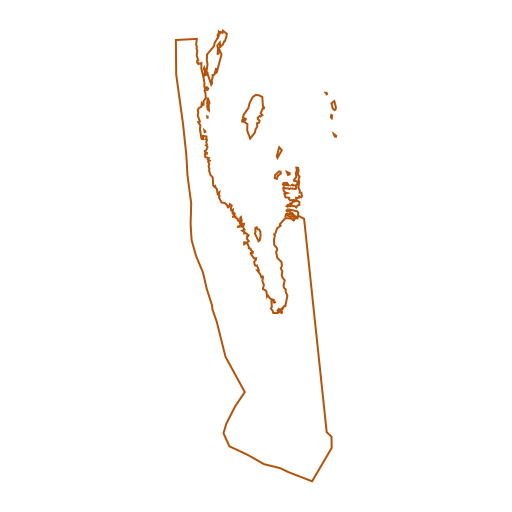 Teluk Wondama, Papua Barat, Indonesia
{"feature_id": "22746128B47515282892276", "entity_name": "Teluk Wondama", "entity_type": "district", "adm_level": 2, "iso_a3": "IDN", "parent_name": "Indonesia", "parent_adm1": "Papua Barat", "projection": "natural_earth1", "projection_center": [134.34, -2.638], "detail": "fine", "context": "isolated", "style": "outline", "palette": "amber", "viewbox_px": 512, "rotation_deg": 0, "n_neighbors": 0, "source": "geoboundaries", "source_scale": "gbopen_adm2", "svg_char_len": 6047}
<svg xmlns="http://www.w3.org/2000/svg" viewBox="0 0 512 512"><path d="M312.1,481.3L331.7,447.9L331.5,436.7L326.7,432.2L304.1,218.8L298.0,215.6L298.3,212.7L297.2,211.3L289.5,209.6L290.2,212.2L292.4,213.3L293.9,215.3L287.4,213.4L285.9,214.4L285.6,215.9L287.7,215.5L290.5,216.8L295.0,216.1L297.8,217.2L297.4,218.4L293.8,217.8L293.1,218.9L294.3,219.7L293.7,220.5L290.9,218.5L285.4,218.1L280.1,223.9L279.8,224.7L280.6,225.7L277.1,228.3L275.2,233.7L274.1,234.5L274.9,235.8L274.0,239.4L274.2,244.9L276.9,248.1L277.2,249.9L276.1,251.8L277.3,257.9L281.5,262.0L281.9,265.8L280.8,268.4L282.4,271.5L281.7,275.2L282.5,277.5L284.7,280.3L283.5,286.0L284.1,288.0L285.8,289.4L285.6,291.8L287.4,295.6L285.2,306.9L284.8,305.6L282.4,308.0L282.9,308.6L282.1,309.4L280.3,309.3L282.1,312.1L281.7,313.0L279.6,311.9L277.6,313.1L273.3,313.0L272.6,310.6L270.8,308.6L271.8,307.0L271.4,300.7L271.8,299.8L272.9,300.4L273.5,299.9L270.1,298.5L267.6,295.1L267.0,296.3L266.3,291.0L262.9,288.9L263.9,285.0L262.3,280.7L263.1,277.1L262.7,276.4L261.3,277.2L260.3,274.2L257.2,270.4L258.8,270.4L257.0,265.5L255.4,265.7L254.4,263.8L254.3,261.6L255.8,260.0L256.1,258.3L254.2,258.5L251.4,254.8L251.6,254.1L250.8,253.8L250.7,253.1L252.8,252.8L252.8,251.7L251.0,250.4L250.5,248.6L248.8,248.3L248.8,246.6L247.4,243.5L245.7,243.2L244.2,244.2L244.2,242.3L247.0,242.5L248.8,241.1L246.8,238.5L247.2,236.2L248.1,236.3L248.6,235.2L245.4,232.9L244.2,233.3L244.3,231.7L242.2,230.7L244.5,229.6L242.4,226.3L237.0,227.0L243.0,224.7L243.6,225.2L244.0,223.8L240.0,223.6L239.1,220.7L237.8,220.5L237.8,218.9L235.6,217.7L235.6,216.6L232.2,216.8L233.8,216.1L234.8,213.8L233.7,212.6L232.9,213.6L232.5,213.1L232.9,209.6L231.3,210.4L230.9,208.1L231.7,205.5L229.9,204.2L228.7,207.3L227.9,207.3L227.0,205.1L224.9,203.1L221.6,202.5L218.9,197.4L219.6,196.1L218.8,195.2L219.3,192.3L217.6,193.8L216.8,188.8L215.6,187.8L215.2,186.2L214.5,186.8L213.2,185.5L212.7,177.5L210.4,174.8L209.1,170.8L209.4,169.0L208.6,166.2L209.3,164.2L208.1,161.5L209.7,160.7L207.9,159.4L208.9,158.1L205.3,157.1L204.9,154.1L206.8,153.8L207.0,153.0L205.4,152.5L204.7,151.1L205.8,150.7L207.4,147.7L207.4,146.6L206.0,145.4L206.9,144.6L206.2,142.0L207.0,140.0L205.8,139.2L206.5,138.6L206.5,136.5L203.1,135.9L203.2,139.1L201.8,139.1L201.4,138.3L199.9,129.0L200.4,125.4L198.2,122.1L199.9,121.6L197.7,115.4L198.3,112.3L197.7,110.1L198.9,108.0L201.3,106.9L201.7,103.4L202.8,105.1L203.6,104.7L203.5,101.3L205.8,98.1L205.4,92.7L204.6,91.1L205.0,88.6L206.4,88.8L206.7,90.0L207.9,89.6L208.3,88.5L206.7,87.2L205.0,87.9L204.2,86.2L204.5,83.6L203.8,78.9L201.3,68.4L201.4,63.1L198.3,64.0L198.1,62.9L197.1,62.6L197.3,60.5L198.2,60.1L196.7,55.6L197.3,51.0L196.5,48.3L196.9,46.4L196.1,45.0L196.8,38.9L175.9,40.0L176.2,74.5L182.9,123.0L186.3,154.6L187.5,175.6L191.2,203.4L190.6,223.9L191.6,240.1L196.0,255.8L203.0,272.6L206.6,288.4L212.0,305.2L212.4,309.3L216.8,321.9L225.5,356.8L244.8,392.1L235.4,405.9L226.4,423.5L223.5,433.3L229.4,446.3L247.5,454.8L264.1,464.2L280.1,468.1L288.3,472.1L312.1,481.3ZM264.1,107.5L262.9,105.9L262.3,97.0L259.0,95.3L255.6,95.0L252.8,97.0L249.5,103.3L248.4,108.0L243.6,114.8L243.0,117.7L245.8,118.9L245.7,119.6L244.6,120.6L243.1,119.2L242.2,120.2L242.2,121.7L244.0,121.7L247.4,124.0L247.2,130.5L250.2,138.6L254.8,132.6L255.5,129.5L257.3,126.5L257.0,123.3L259.0,122.7L259.6,120.9L257.9,119.2L257.7,117.8L259.6,116.1L260.4,116.5L262.4,115.1L260.7,113.4L262.9,107.9L263.7,108.5L264.1,107.5ZM226.8,33.8L222.9,30.7L222.5,32.8L220.6,32.0L220.2,33.0L218.8,31.7L218.8,35.8L214.6,43.0L214.0,46.1L207.1,54.4L206.8,60.2L207.5,64.0L206.8,69.7L205.9,71.1L207.0,72.3L204.7,72.8L204.3,74.1L204.9,75.4L206.3,74.4L207.1,74.9L207.6,73.8L211.2,84.7L212.2,83.1L211.7,80.4L212.8,76.9L212.5,75.1L214.4,74.7L216.2,68.0L215.5,72.1L215.7,73.0L216.7,72.6L221.5,54.5L219.3,49.5L218.4,53.8L217.6,53.8L218.0,48.9L217.3,45.5L219.8,42.6L220.2,47.0L222.9,44.4L224.1,41.4L224.9,41.2L226.4,36.5L226.8,33.8ZM298.4,187.4L299.2,182.2L298.6,179.5L299.5,176.5L297.8,174.5L298.6,170.4L298.1,167.9L296.4,167.6L296.8,170.6L295.8,173.2L296.4,176.9L293.9,180.0L294.1,180.8L296.8,181.3L297.6,182.5L296.9,184.9L295.3,185.4L296.3,187.6L295.7,189.0L290.8,188.4L289.2,189.1L288.0,188.3L285.3,188.4L283.8,187.1L283.3,188.3L283.7,190.8L285.2,192.5L287.3,193.1L284.4,193.9L285.6,197.4L289.2,197.8L289.1,199.2L290.1,200.4L293.9,200.0L296.1,201.0L292.7,202.0L292.0,203.3L290.4,203.3L289.6,204.2L292.8,206.1L294.7,206.1L296.2,207.5L297.6,205.4L299.3,205.0L299.4,202.1L296.5,200.2L296.0,197.8L298.7,197.9L299.3,196.2L301.3,197.3L301.9,196.2L301.4,192.7L299.7,192.6L299.7,190.5L298.4,187.4ZM257.7,229.3L256.7,227.3L255.3,228.1L255.5,231.9L254.9,233.6L258.6,241.2L259.7,240.3L260.5,236.8L260.4,231.8L259.2,229.5L257.7,229.3ZM334.7,110.1L335.7,109.1L335.9,107.3L334.3,101.1L331.4,103.4L332.8,108.5L334.7,110.1ZM276.8,178.9L277.8,175.8L280.9,173.5L280.5,171.6L279.1,171.4L275.1,175.1L274.8,178.1L276.8,178.9ZM277.5,157.8L281.8,150.2L279.2,147.3L276.8,156.2L277.5,157.8ZM209.5,103.1L207.8,97.7L207.1,103.5L207.8,105.4L207.1,106.1L207.7,109.4L208.9,110.5L208.7,104.9L209.5,103.1ZM286.8,182.8L283.3,183.2L283.1,184.7L288.8,185.3L286.8,182.8ZM288.1,175.0L289.7,174.3L289.7,173.2L286.8,171.9L288.1,175.0ZM241.3,222.2L241.7,220.4L240.9,217.1L240.2,217.9L240.5,220.9L241.3,222.2ZM331.7,118.3L332.1,115.4L331.3,115.0L330.9,117.5L331.7,118.3ZM335.9,136.8L336.1,135.7L333.8,134.0L334.8,136.5L335.9,136.8ZM204.7,71.1L205.2,69.8L204.3,67.5L203.8,68.6L204.7,71.1ZM279.2,311.1L278.5,309.3L277.5,310.7L278.5,311.8L279.2,311.1ZM287.6,205.1L286.6,206.2L287.7,206.7L288.8,205.9L287.6,205.1ZM287.9,211.1L287.4,209.8L286.5,210.7L287.0,211.1L287.9,211.1ZM327.1,94.0L326.5,92.9L325.6,92.8L326.7,94.3L327.1,94.0ZM218.1,36.2L218.2,34.5L217.8,34.5L217.6,35.6L218.1,36.2ZM275.0,302.3L274.2,301.2L273.7,302.1L274.2,302.7L275.0,302.3ZM205.4,131.9L205.2,131.3L204.4,130.5L204.7,132.1L205.4,131.9ZM207.6,118.6L207.7,116.7L207.2,116.5L207.6,118.6ZM293.6,185.3L292.5,184.6L291.9,185.0L293.1,185.5L293.6,185.3ZM290.9,206.0L289.8,205.8L289.5,206.2L290.0,206.4L290.9,206.0Z" fill="none" stroke="#b45309" stroke-width="2"/></svg>